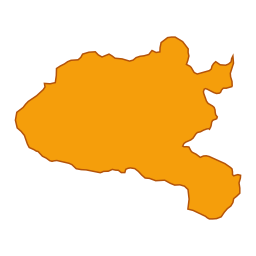 an SVG outline of Xiangkhoang
{"feature_id": "LAO-3286", "entity_name": "Xiangkhoang", "entity_type": "Province", "adm_level": 1, "iso_a3": "LAO", "parent_name": "Laos", "parent_adm1": "", "projection": "mercator", "projection_center": [103.697, 19.42], "detail": "fine", "context": "isolated", "style": "filled", "palette": "amber", "viewbox_px": 256, "rotation_deg": 0, "n_neighbors": 0, "source": "natural_earth", "source_scale": "10m", "svg_char_len": 2338}
<svg xmlns="http://www.w3.org/2000/svg" viewBox="0 0 256 256"><path d="M232.3,86.5L226.3,88.2L223.3,88.2L222.6,88.9L221.6,89.9L220.6,92.2L219.5,93.1L216.6,93.5L213.9,92.6L207.1,89.1L205.5,88.6L204.2,89.2L203.4,91.6L203.7,93.4L206.5,101.2L208.1,103.4L212.5,106.0L214.1,107.4L215.0,109.8L215.2,112.4L215.7,114.8L217.3,116.9L216.7,118.7L215.5,119.3L214.0,119.7L212.6,120.5L211.7,122.1L211.1,125.6L210.6,127.1L209.5,129.2L209.0,128.7L206.9,128.9L203.6,130.1L200.4,131.8L197.4,132.5L195.8,134.0L193.0,138.2L190.8,139.9L185.8,142.1L183.9,143.5L182.7,146.1L184.1,146.8L186.7,146.7L188.9,147.0L190.8,150.6L191.5,151.6L192.5,152.4L196.1,154.2L200.2,157.3L200.4,157.3L203.4,156.0L206.3,155.8L209.2,156.5L224.9,163.6L230.5,167.5L232.0,168.9L232.5,171.9L232.5,174.6L233.7,175.8L237.8,174.6L240.6,175.3L240.4,178.1L239.0,182.9L239.8,188.1L239.8,193.2L236.9,196.0L233.7,198.6L232.9,202.5L230.9,205.9L227.4,208.6L224.3,212.2L221.2,216.8L216.6,218.6L212.9,218.9L209.3,218.9L207.3,217.8L205.5,216.3L193.1,210.4L187.9,209.1L189.1,199.2L188.0,189.5L184.5,186.2L179.9,184.8L174.7,185.1L170.3,183.3L164.7,180.2L155.7,180.7L149.5,178.4L145.1,178.0L141.7,175.0L138.4,171.4L134.8,168.6L130.4,167.9L128.0,168.3L125.8,169.3L124.8,172.6L121.3,172.6L118.4,170.3L115.4,170.1L112.3,169.4L108.4,171.2L103.5,171.4L102.0,172.1L100.3,172.7L86.3,169.9L81.1,169.6L76.2,168.7L71.9,164.6L69.0,163.3L56.9,160.5L54.2,160.8L52.0,161.3L49.8,160.7L46.4,158.2L42.4,156.2L38.1,151.5L36.3,151.1L34.1,149.7L29.2,147.5L27.4,144.0L24.4,135.4L21.1,131.3L17.2,127.9L15.4,120.2L16.8,112.3L23.2,107.4L25.6,104.2L28.3,101.4L36.7,95.7L43.2,89.7L45.0,87.0L44.4,83.4L50.1,83.8L55.3,82.6L56.3,75.6L56.5,68.5L60.3,66.0L64.5,63.9L67.6,61.7L71.0,60.3L78.1,59.8L80.8,57.4L82.6,54.1L88.9,52.2L95.3,51.8L98.3,54.9L102.0,57.0L109.0,54.1L112.0,55.9L115.0,58.2L122.1,58.9L129.5,61.1L133.1,60.1L136.1,57.6L140.0,56.3L144.0,55.8L148.8,54.5L152.0,50.5L156.1,52.5L159.9,51.9L160.1,47.6L161.1,42.6L167.6,37.6L171.3,37.1L175.2,37.1L182.7,41.7L188.2,48.9L188.1,52.5L188.9,56.0L187.8,60.4L186.4,64.4L190.0,66.3L191.2,67.5L194.0,72.3L195.4,73.2L197.3,74.0L209.4,70.6L211.3,69.0L212.0,66.1L213.6,63.6L215.7,61.7L220.2,64.8L225.6,65.2L228.6,64.0L231.1,61.8L231.6,58.6L232.9,56.0L233.5,63.2L230.3,73.3L230.6,76.9L232.0,81.4L232.2,86.5L232.3,86.5L232.3,86.5Z" fill="#f59e0b" stroke="#b45309" stroke-width="1.5"/></svg>